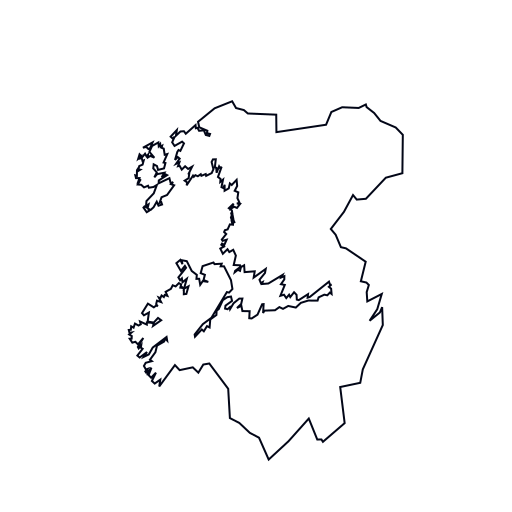 outline of Kristiansand nor, Vest-Agder, Norway, rotated 113°
{"feature_id": "86288312B34972554267052", "entity_name": "Kristiansand nor", "entity_type": "district", "adm_level": 2, "iso_a3": "NOR", "parent_name": "Norway", "parent_adm1": "Vest-Agder", "projection": "robinson", "projection_center": [8.031, 58.172], "detail": "fine", "context": "isolated", "style": "outline", "palette": "ink", "viewbox_px": 512, "rotation_deg": 113, "n_neighbors": 0, "source": "geoboundaries", "source_scale": "gbopen_adm2", "svg_char_len": 6158}
<svg xmlns="http://www.w3.org/2000/svg" viewBox="0 0 512 512"><g transform="rotate(113 256 256)"><path d="M438.4,164.8L413.8,153.7L385.0,143.9L401.0,127.9L399.3,124.1L400.9,121.8L375.2,109.1L343.7,127.3L332.0,110.5L318.6,113.4L270.0,112.3L253.8,119.9L259.6,119.9L271.2,126.1L257.6,123.6L241.8,125.4L254.3,135.8L246.0,140.0L238.6,140.8L237.3,144.0L238.3,149.6L218.4,152.8L213.8,176.2L214.7,181.3L205.3,191.0L201.9,197.7L181.0,192.3L162.0,190.5L164.7,185.3L160.4,177.2L133.2,167.1L122.6,153.6L87.1,168.2L83.1,177.6L83.0,194.2L78.2,203.1L75.7,212.4L73.6,214.1L79.6,219.3L85.4,234.8L94.0,242.9L107.8,242.8L134.0,285.6L118.0,292.6L128.0,319.2L126.4,324.2L127.6,332.2L122.9,338.4L136.2,351.8L155.1,361.8L159.7,358.5L159.7,349.7L162.1,349.2L161.6,346.0L163.7,345.9L164.2,349.5L160.7,353.1L163.0,357.3L160.9,360.0L161.9,361.3L159.1,362.8L170.9,368.4L169.3,371.1L170.9,374.2L176.6,376.7L171.0,378.1L179.5,381.2L180.5,378.4L177.8,377.5L184.1,377.6L186.5,374.0L179.6,368.7L180.5,366.3L188.8,366.7L188.7,368.7L191.0,369.1L199.2,368.1L195.5,366.7L196.2,364.3L202.4,365.6L199.7,363.1L203.8,362.9L202.8,361.6L205.5,358.1L201.1,356.3L202.4,352.5L198.7,349.7L207.4,350.2L206.4,349.6L210.7,348.4L214.5,351.1L215.2,348.0L218.1,347.5L206.6,345.4L207.4,344.2L205.3,343.4L205.3,340.7L202.3,338.8L203.5,337.6L200.2,334.3L201.7,333.2L197.0,329.2L192.8,329.1L186.8,333.6L183.9,333.4L182.7,330.8L190.6,328.5L190.3,327.0L194.8,324.8L187.9,325.0L189.2,323.3L187.3,322.5L198.1,321.9L198.9,318.8L201.8,317.8L198.6,316.2L206.1,314.7L206.2,312.6L202.7,312.7L208.2,310.4L204.4,307.5L199.4,308.4L200.1,306.1L193.5,303.6L198.9,300.7L204.3,301.1L204.3,297.2L210.0,295.7L213.4,292.0L215.2,294.1L214.3,291.0L219.2,292.3L219.2,295.4L221.9,297.3L216.6,297.1L222.6,299.7L223.5,296.0L224.6,295.3L225.9,295.5L226.7,295.4L227.0,295.0L225.5,295.0L225.8,294.4L230.4,294.1L231.4,293.2L228.7,292.7L230.2,291.7L230.3,292.5L230.8,292.1L231.6,292.5L233.8,292.2L232.1,292.1L231.2,291.4L233.3,289.1L235.1,290.6L233.2,292.0L235.4,290.6L234.8,290.0L236.2,289.4L237.1,292.4L242.6,292.5L244.4,294.7L246.4,294.7L247.4,292.0L254.2,293.9L255.1,292.7L252.5,289.4L258.1,289.5L257.8,292.1L259.2,292.3L259.9,289.2L263.1,291.8L266.9,287.4L260.9,284.9L262.8,282.1L259.2,279.4L263.5,274.7L273.0,273.0L270.8,267.1L272.0,266.4L270.6,266.0L271.8,265.9L277.8,269.4L279.3,269.2L275.8,267.3L275.9,264.9L272.1,265.5L269.2,263.3L275.3,260.2L270.6,251.2L276.8,249.7L264.1,242.0L268.1,241.1L276.5,243.5L279.0,241.0L277.4,239.7L279.5,239.6L276.5,233.9L263.1,224.2L265.9,224.4L263.5,222.0L266.5,220.8L272.2,222.0L271.4,218.2L283.1,218.0L280.7,215.1L282.9,211.7L278.7,210.4L280.4,208.4L274.5,206.8L275.9,203.5L280.2,201.4L279.9,199.4L270.8,193.2L274.2,192.2L272.7,190.5L251.1,178.8L253.7,176.5L252.7,175.4L255.9,176.9L256.7,174.1L261.4,171.6L260.8,173.7L264.3,175.0L264.9,178.0L269.6,182.2L273.0,181.9L276.6,190.5L281.6,196.4L287.9,199.2L289.4,206.8L294.1,210.5L293.9,214.5L298.5,217.3L303.0,226.9L305.7,227.2L297.3,230.2L298.0,231.5L309.4,231.7L315.2,235.6L315.9,237.9L309.3,240.3L312.0,247.0L307.6,250.0L311.3,253.2L306.0,250.9L300.5,251.9L301.8,254.8L308.3,258.2L315.0,259.1L313.4,260.1L316.1,261.4L316.5,263.9L313.6,264.7L306.7,260.5L303.1,263.2L305.1,266.3L309.6,269.3L319.5,269.6L321.7,270.9L325.8,269.4L332.3,273.3L339.9,270.8L339.7,273.7L345.7,274.6L344.8,277.2L354.1,280.6L352.2,281.8L339.5,278.3L330.3,272.9L300.6,268.7L300.2,266.5L295.6,264.8L288.0,269.6L278.0,281.4L279.3,284.5L276.5,284.6L279.7,291.0L278.6,292.6L286.2,301.2L293.4,300.2L293.3,295.7L298.6,294.9L298.5,289.8L299.9,295.2L304.3,296.1L299.2,299.4L300.3,301.9L296.5,303.1L294.9,309.3L287.8,317.7L288.9,322.7L292.3,320.5L289.1,324.1L293.7,326.5L299.1,319.3L292.9,317.6L294.2,315.8L306.0,319.1L308.0,316.4L305.6,315.5L308.9,313.4L304.0,310.8L314.2,309.5L310.3,306.3L318.1,305.3L319.4,307.5L314.1,309.7L313.3,312.8L314.2,311.4L314.7,313.3L311.5,313.8L311.1,316.4L315.4,318.1L315.5,321.2L319.5,321.5L324.3,325.2L327.3,322.0L327.5,324.8L329.8,324.8L329.2,327.5L332.2,327.6L332.2,329.3L335.5,325.3L335.8,329.7L339.3,329.1L340.7,326.8L340.5,328.5L343.2,330.0L342.1,336.9L353.1,338.6L354.4,336.0L349.9,332.5L358.7,330.1L357.2,324.1L351.3,322.0L352.2,318.2L360.5,323.4L358.4,323.6L358.3,326.1L359.8,330.5L361.8,329.7L361.6,337.2L363.9,335.4L365.9,337.0L365.5,341.0L369.8,340.7L369.5,343.4L372.8,342.4L373.8,344.2L376.2,342.4L375.1,340.7L377.8,342.1L378.2,339.1L380.6,338.2L381.5,339.9L384.1,336.0L382.1,333.5L383.5,330.1L375.5,327.7L385.9,329.2L386.9,327.9L383.0,326.8L385.4,326.2L385.7,324.1L394.0,326.3L394.9,323.4L387.0,318.8L392.7,319.9L388.5,316.2L380.6,315.3L365.5,306.7L368.5,304.8L367.5,307.1L370.7,307.2L377.2,312.1L383.9,311.0L392.9,313.1L393.5,310.8L397.4,315.8L401.0,316.2L403.5,313.0L402.4,311.8L405.5,312.8L406.2,311.7L404.6,310.7L408.2,309.3L404.3,310.0L399.7,308.6L407.6,308.3L409.0,305.0L402.5,302.5L411.7,303.0L413.0,299.4L407.2,295.8L413.9,294.1L388.1,288.0L390.9,281.7L383.2,270.7L385.9,263.5L376.5,262.1L373.2,257.0L389.1,229.7L415.4,216.7L416.2,206.1L421.2,192.6L422.1,182.2L438.4,164.8ZM234.6,361.7L222.9,359.0L223.1,362.3L220.3,361.1L222.4,362.9L218.2,366.1L227.1,374.0L224.4,375.0L216.3,369.4L216.1,371.9L218.2,372.1L220.3,373.6L215.1,372.8L219.3,379.0L223.3,380.3L217.8,380.0L215.5,384.8L211.6,386.0L211.9,382.3L215.0,379.8L211.3,374.9L205.8,375.7L206.1,377.6L196.8,377.5L198.5,379.6L193.2,382.9L193.3,385.2L191.2,385.5L192.7,386.6L190.4,387.9L192.8,388.5L189.6,390.2L196.5,395.6L191.9,395.6L200.5,402.4L198.5,399.6L199.6,396.8L197.1,394.7L201.8,394.8L205.2,388.0L205.2,392.4L207.5,394.0L204.9,395.0L207.1,395.7L205.2,398.1L209.4,399.3L207.9,402.9L212.5,402.4L209.7,400.9L211.5,400.7L210.6,399.4L212.9,397.6L211.9,396.7L216.2,396.1L218.8,398.6L222.2,398.2L221.8,396.3L223.4,397.4L221.9,398.8L223.5,399.1L228.7,397.0L228.9,398.6L231.2,396.9L229.8,393.7L233.0,393.5L230.4,392.1L236.4,392.8L235.3,389.5L236.6,385.9L233.5,382.8L235.0,381.3L232.5,377.3L229.3,375.0L238.3,374.6L248.2,378.3L252.9,376.8L250.4,375.1L254.2,374.5L253.9,378.0L255.4,378.5L258.4,373.7L256.3,372.2L254.6,373.6L254.8,371.0L251.1,369.3L244.8,368.6L247.8,365.4L245.3,362.6L243.5,364.2L244.8,365.5L238.8,365.9L234.6,361.7Z" fill="none" stroke="#020617" stroke-width="2"/></g></svg>